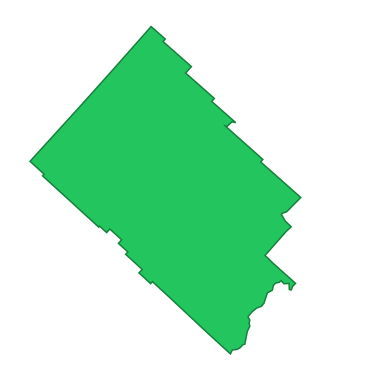 the district of Blaine, Montana, United States of America, rotated 312°
{"feature_id": "52423323B87448243037078", "entity_name": "Blaine", "entity_type": "district", "adm_level": 2, "iso_a3": "USA", "parent_name": "United States of America", "parent_adm1": "Montana", "projection": "albers", "projection_center": [-109.013, 48.36], "detail": "fine", "context": "isolated", "style": "filled", "palette": "green", "viewbox_px": 384, "rotation_deg": 312, "n_neighbors": 0, "source": "geoboundaries", "source_scale": "gbopen_adm2", "svg_char_len": 1042}
<svg xmlns="http://www.w3.org/2000/svg" viewBox="0 0 384 384"><g transform="rotate(312 192 192)"><path d="M193.4,330.1L193.3,300.1L193.7,288.7L225.7,288.4L232.5,289.0L232.8,280.9L235.1,273.5L236.4,273.3L240.7,275.6L260.7,276.5L260.3,223.0L263.6,222.9L263.3,173.3L263.4,172.5L264.2,174.2L270.9,174.7L272.8,178.1L272.5,146.0L276.5,146.0L276.1,107.7L284.8,107.6L284.4,69.8L287.8,69.8L287.6,50.9L265.5,51.1L231.3,51.4L195.2,51.5L177.5,51.5L142.4,51.3L106.4,51.1L106.3,70.1L104.0,70.1L103.5,146.3L104.8,146.3L104.8,147.4L104.7,155.7L109.5,155.7L109.4,171.7L104.6,171.7L104.5,184.5L101.3,184.4L101.1,206.8L96.4,206.7L96.2,222.6L98.9,222.6L98.7,241.7L97.6,299.8L97.4,328.9L101.6,327.7L105.0,330.7L108.5,332.0L112.5,331.9L114.2,333.1L125.4,326.4L130.9,324.8L132.7,322.2L135.5,320.7L136.7,317.1L143.2,316.8L149.1,317.7L153.5,320.1L157.6,319.9L167.5,315.5L172.8,317.4L177.1,315.0L180.4,315.1L183.2,317.3L185.7,317.5L185.3,321.7L189.0,325.3L184.6,329.6L185.6,331.3L189.2,329.9L193.4,330.1Z" fill="#22c55e" stroke="#15803d" stroke-width="1.5"/></g></svg>